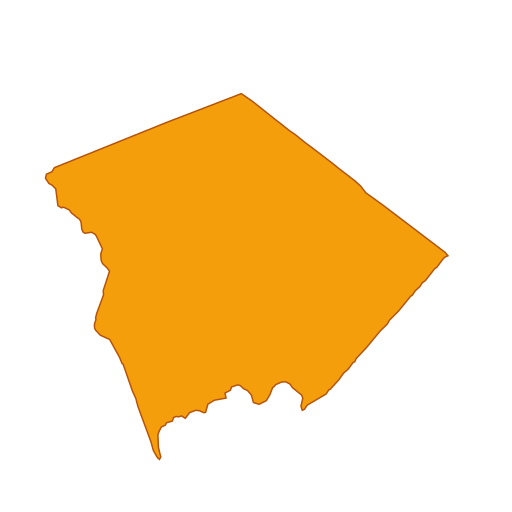 Lanquín, Alta Verapaz, Guatemala (orthographic projection), rotated 67°
{"feature_id": "79465075B47647601026557", "entity_name": "Lanquín", "entity_type": "district", "adm_level": 2, "iso_a3": "GTM", "parent_name": "Guatemala", "parent_adm1": "Alta Verapaz", "projection": "orthographic", "projection_center": [-89.968, 15.576], "detail": "fine", "context": "isolated", "style": "filled", "palette": "amber", "viewbox_px": 512, "rotation_deg": 67, "n_neighbors": 0, "source": "geoboundaries", "source_scale": "gbopen_adm2", "svg_char_len": 1887}
<svg xmlns="http://www.w3.org/2000/svg" viewBox="0 0 512 512"><g transform="rotate(67 256 256)"><path d="M330.8,79.2L326.6,80.5L258.9,119.2L240.8,130.2L232.4,132.4L225.7,135.5L214.8,141.6L207.6,145.7L200.4,149.5L193.7,153.3L181.0,160.5L170.6,166.6L160.4,172.0L153.2,176.5L147.1,179.8L143.7,181.6L140.1,183.7L137.0,185.4L112.5,198.7L100.8,206.1L98.1,286.3L95.9,407.0L98.7,411.0L98.8,417.0L102.2,419.4L108.3,418.3L111.1,416.0L116.0,414.1L132.3,418.7L135.7,416.2L135.7,414.6L136.5,413.5L140.7,409.8L144.2,409.1L150.9,405.5L153.3,404.0L156.4,403.8L163.3,405.9L166.5,405.8L168.2,404.6L169.9,398.1L173.4,395.5L176.0,395.1L189.4,394.6L193.5,398.1L199.3,400.2L203.1,400.2L208.8,397.7L212.8,396.8L228.1,410.1L230.9,411.1L232.3,411.6L246.6,425.1L250.4,427.9L251.7,428.0L255.8,431.5L259.4,432.8L261.6,432.6L268.2,430.2L275.6,423.3L296.2,421.2L302.8,421.3L303.6,420.6L310.1,421.0L331.6,422.5L340.3,422.3L348.4,423.5L385.9,425.3L395.1,426.5L403.2,425.5L405.5,424.4L403.7,422.1L401.1,421.8L393.8,420.5L382.2,416.1L379.9,414.1L376.4,409.9L376.3,405.5L374.5,403.5L375.3,397.6L372.5,394.9L372.5,392.2L373.8,390.1L374.2,386.9L377.8,384.5L374.2,378.3L374.5,371.7L376.3,368.5L379.9,365.2L380.2,363.5L374.9,359.2L373.6,358.2L372.5,350.6L375.1,339.1L370.0,338.0L369.6,332.1L367.0,329.6L367.5,323.1L369.3,321.0L373.3,319.3L376.5,316.4L382.1,314.6L389.9,315.6L393.7,311.1L393.2,303.0L389.1,297.4L383.6,292.1L383.2,290.1L382.1,288.3L382.0,281.8L383.4,277.8L387.1,274.8L391.6,273.8L401.9,268.3L405.2,268.5L411.8,273.3L416.1,273.7L416.0,271.3L413.3,267.2L410.4,245.3L407.7,241.4L407.7,239.8L402.3,228.1L398.1,221.3L396.1,215.2L392.0,208.4L391.9,206.3L389.6,204.0L383.5,190.2L373.6,171.1L369.9,161.7L367.2,158.2L362.4,146.4L353.5,129.5L353.1,127.4L350.2,122.9L348.3,117.3L345.8,113.7L344.7,109.5L337.4,96.3L337.1,94.1L332.0,85.4L330.8,82.5L330.8,79.2Z" fill="#f59e0b" stroke="#b45309" stroke-width="1.5"/></g></svg>